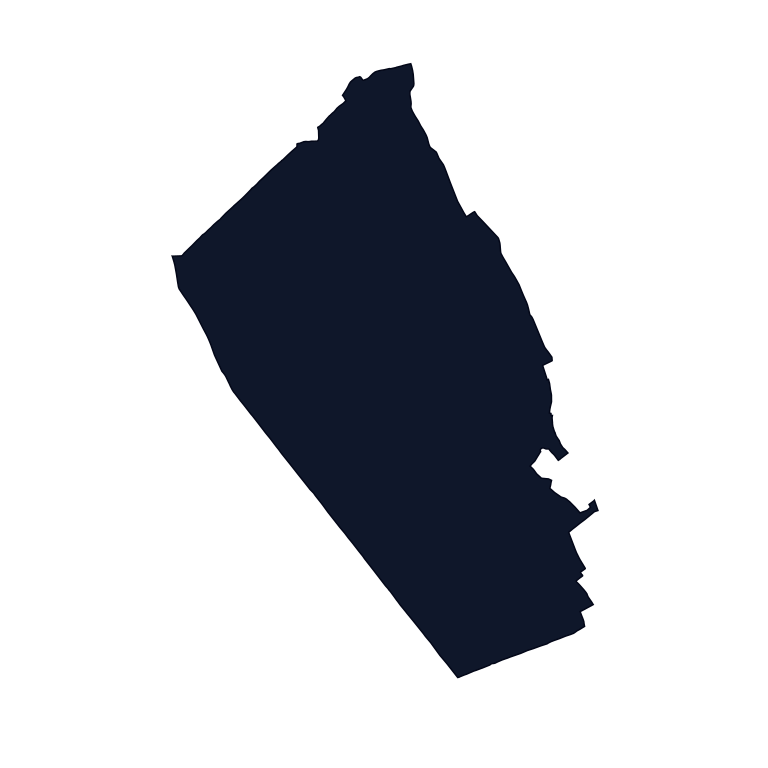 outline of Nong Khaem, Bangkok Metropolis, Thailand, rotated 164°
{"feature_id": "78962969B88059812817322", "entity_name": "Nong Khaem", "entity_type": "district", "adm_level": 2, "iso_a3": "THA", "parent_name": "Thailand", "parent_adm1": "Bangkok Metropolis", "projection": "natural_earth1", "projection_center": [100.348, 13.696], "detail": "fine", "context": "isolated", "style": "filled", "palette": "ink", "viewbox_px": 768, "rotation_deg": 164, "n_neighbors": 0, "source": "geoboundaries", "source_scale": "gbopen_adm2", "svg_char_len": 6080}
<svg xmlns="http://www.w3.org/2000/svg" viewBox="0 0 768 768"><g transform="rotate(164 384 384)"><path d="M552.3,565.3L552.2,559.7L552.3,555.9L553.2,546.9L554.2,539.3L554.8,534.2L554.8,533.4L554.7,532.3L554.7,531.9L552.1,523.8L551.0,520.7L549.4,515.7L548.2,511.8L547.3,509.1L546.1,504.9L545.5,502.6L542.4,486.6L541.1,480.6L540.7,478.4L540.3,475.7L539.9,472.4L539.6,469.5L539.0,459.2L538.9,458.1L537.1,446.4L536.3,441.1L536.2,440.8L535.3,438.8L534.5,436.7L534.0,434.9L533.8,433.8L532.9,428.4L532.6,426.9L532.2,424.0L531.5,420.5L531.0,418.7L530.6,417.5L530.0,416.2L526.6,407.4L524.5,402.5L520.3,392.0L519.1,389.4L515.5,380.4L511.4,369.9L510.2,367.1L508.3,362.7L504.7,353.4L503.3,350.1L501.6,345.4L496.3,332.7L491.5,320.9L487.1,310.3L485.3,305.9L485.0,305.2L484.3,303.3L481.7,298.5L480.8,295.8L479.1,291.6L477.5,287.8L476.1,284.2L473.6,277.3L473.4,276.7L466.0,258.5L462.8,251.3L460.7,245.8L459.8,243.7L458.2,240.0L454.4,230.5L451.7,224.0L450.9,221.5L445.4,207.9L438.3,189.9L437.9,189.0L436.6,186.4L436.0,184.6L435.1,182.8L432.9,176.9L431.3,172.4L431.0,171.8L429.2,166.9L425.8,159.0L425.3,157.7L421.5,148.9L418.9,142.7L414.8,132.9L413.8,130.1L410.4,122.5L405.0,107.6L403.4,104.1L403.1,103.4L400.6,97.8L394.3,82.2L394.0,81.5L392.3,81.5L391.5,81.7L386.9,82.2L384.6,82.3L377.1,83.3L374.3,83.4L365.9,84.1L360.0,84.7L359.0,85.0L358.1,85.4L357.5,85.5L355.3,85.1L353.8,85.1L352.5,85.4L350.5,85.7L346.5,86.2L343.2,86.4L340.7,86.5L337.9,86.8L326.8,87.4L319.6,88.3L313.6,88.5L305.1,89.1L298.8,89.3L297.2,89.8L294.4,90.3L291.0,90.6L285.7,90.9L279.1,91.6L273.9,91.8L271.8,92.0L270.5,92.1L269.9,92.3L269.5,92.4L266.8,93.4L266.2,93.6L263.4,94.2L259.9,95.2L258.0,95.7L257.8,98.1L257.4,100.7L257.5,103.0L257.9,107.2L258.2,111.2L256.9,111.4L243.7,114.3L244.5,117.2L246.0,121.6L246.5,123.2L246.8,125.6L246.7,126.0L247.4,128.2L248.6,131.1L249.9,133.8L251.0,136.1L252.1,138.3L253.5,140.7L253.6,141.1L253.6,141.7L250.5,143.1L246.0,144.8L245.9,145.0L245.9,145.6L246.4,146.4L247.0,148.1L247.0,148.8L246.9,149.0L241.5,151.0L241.4,151.3L241.4,151.5L244.0,161.0L244.4,162.8L245.5,168.8L245.8,171.8L247.4,190.5L243.0,192.5L239.2,194.0L234.2,196.1L227.7,198.6L216.9,203.3L213.2,203.4L213.8,214.3L214.6,213.8L220.1,211.7L219.5,208.6L223.5,206.6L231.1,206.1L233.9,212.0L234.1,212.5L236.7,217.2L238.0,219.6L239.5,221.7L240.1,222.7L240.6,223.3L241.2,223.9L241.7,224.4L242.1,224.7L244.8,226.4L245.5,227.2L246.3,228.2L249.9,232.6L251.3,234.8L252.6,236.9L253.4,237.9L251.6,241.1L250.7,243.1L249.5,245.2L252.0,247.4L258.6,250.0L262.0,255.5L263.9,260.7L266.2,264.8L263.6,266.6L261.8,267.5L260.6,268.2L260.1,268.5L257.0,271.4L256.7,271.7L255.1,273.1L254.8,273.4L253.8,274.3L253.0,275.1L252.7,275.4L252.1,275.7L252.1,277.2L252.0,277.6L251.7,277.9L251.0,278.5L249.7,278.9L248.3,278.6L246.4,277.1L245.2,276.6L243.6,276.3L243.5,276.1L242.2,273.1L241.6,271.8L240.4,269.8L239.7,268.4L237.5,262.6L235.8,263.1L234.4,263.8L233.3,264.2L226.2,267.0L228.2,271.2L229.7,273.6L230.9,277.7L231.2,281.4L231.8,283.1L232.9,286.6L233.0,288.9L233.0,290.2L233.3,290.2L233.4,296.6L233.1,298.7L233.0,299.3L232.8,300.5L232.7,300.5L232.1,303.5L231.8,305.1L231.4,306.1L230.8,307.3L232.0,307.5L231.7,309.3L231.8,309.3L231.8,309.8L233.0,310.4L231.6,313.9L230.2,316.6L227.9,320.7L226.1,327.2L225.9,329.0L225.7,331.5L225.6,332.8L224.7,338.9L224.7,343.1L226.0,343.0L226.0,345.8L226.4,358.1L225.2,358.4L216.1,360.0L215.9,360.2L215.8,360.6L215.2,363.5L217.3,369.4L218.5,372.3L219.0,373.8L219.3,374.5L219.5,375.5L219.8,377.6L220.3,381.7L221.2,389.9L222.9,405.0L223.4,407.4L223.7,408.3L224.1,409.1L224.6,410.1L224.7,410.5L224.7,411.1L224.4,416.0L224.3,420.4L224.5,423.0L225.6,430.9L226.2,436.2L226.8,442.1L227.8,446.5L229.0,451.4L230.6,456.3L233.3,467.6L234.8,473.4L235.6,477.3L235.6,477.7L235.4,479.3L234.1,485.7L233.8,487.6L233.8,488.4L233.8,491.6L233.9,492.6L234.2,493.5L236.0,497.0L244.1,512.8L248.0,520.1L248.1,520.4L249.3,524.5L249.5,524.7L251.0,524.4L258.6,522.0L258.8,522.1L260.0,526.5L262.9,539.3L264.8,559.5L265.7,571.1L266.1,575.6L266.4,577.9L266.5,578.5L268.7,584.9L268.9,585.5L269.0,585.9L269.6,591.1L269.8,592.1L269.9,592.6L274.0,598.2L274.3,598.9L274.5,599.3L274.6,599.9L274.8,602.5L274.6,608.7L274.7,609.8L274.8,610.7L275.0,612.1L276.1,617.1L277.6,622.1L278.6,627.3L280.2,632.6L281.1,636.3L281.6,638.6L281.9,641.8L281.9,642.4L281.7,643.3L280.7,645.8L280.2,648.0L280.1,648.7L279.6,652.8L279.4,654.8L278.9,656.8L278.4,657.9L278.2,658.3L278.0,658.5L275.6,660.5L274.0,661.8L273.5,662.3L273.3,662.6L273.0,663.2L272.5,664.4L272.4,664.9L271.5,669.1L270.6,673.4L270.3,675.8L270.1,677.4L270.0,679.7L269.9,682.1L270.0,684.5L270.3,684.5L272.6,684.7L277.7,684.9L279.5,684.8L284.6,685.0L285.1,684.9L286.0,684.9L290.6,685.2L291.9,685.7L297.6,686.0L300.4,686.4L303.6,686.5L305.2,686.5L306.8,686.3L309.3,685.3L312.0,683.8L313.8,682.7L314.7,682.4L315.6,682.0L319.9,681.6L320.2,681.7L320.6,681.9L321.8,685.2L322.2,685.7L322.7,686.1L323.8,686.0L324.7,686.0L325.4,686.2L327.2,686.1L328.2,685.7L331.2,684.4L333.0,683.5L334.8,681.9L336.8,679.6L338.7,677.7L344.3,672.9L343.6,671.3L342.7,667.5L342.8,666.4L343.2,666.4L346.2,664.8L348.0,664.2L350.5,663.3L353.4,661.9L354.7,660.9L357.0,659.4L358.7,658.7L361.0,657.5L361.4,657.2L362.1,656.9L362.4,656.9L366.2,654.5L369.1,652.5L370.4,651.5L372.6,650.6L374.6,649.6L375.9,649.2L376.7,649.1L377.0,648.8L377.0,645.9L378.9,638.4L379.6,637.0L380.3,636.3L381.0,635.9L381.4,635.9L385.6,637.0L387.0,637.4L388.9,637.6L390.5,638.0L392.3,638.7L394.3,639.0L398.8,638.6L399.8,638.8L400.7,638.9L401.5,638.7L402.0,636.8L402.4,636.0L402.6,635.8L408.6,633.0L413.2,630.7L419.2,627.5L420.1,627.1L420.8,627.0L421.5,626.4L424.7,625.1L426.1,624.3L428.7,623.1L433.7,620.7L443.1,615.6L447.7,613.3L451.2,611.1L454.6,609.4L457.1,608.5L458.8,607.3L466.3,603.0L470.3,600.9L479.3,596.6L479.9,596.2L489.0,591.7L495.2,588.1L495.7,587.6L499.0,586.3L503.6,584.1L507.5,581.9L510.4,580.5L513.8,578.6L516.0,577.7L516.6,577.6L517.6,577.2L519.4,576.1L520.6,575.3L524.2,573.5L530.3,570.0L533.0,568.6L540.1,564.8L540.7,564.3L542.4,563.2L543.1,563.0L543.5,563.0L544.3,563.2L551.9,565.1L552.3,565.3Z" fill="#0f172a" stroke="#020617" stroke-width="1.5"/></g></svg>